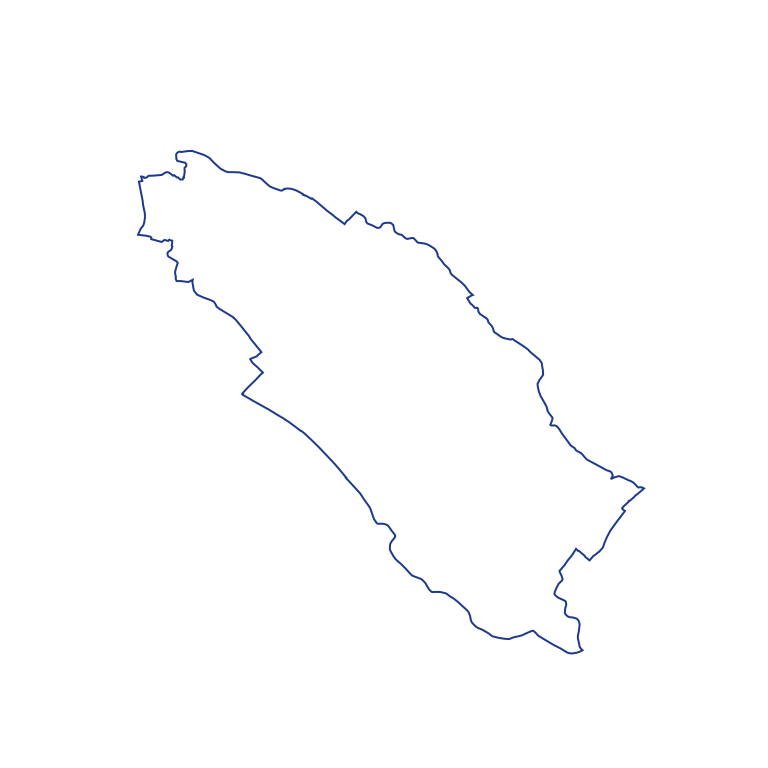 Maliuc, Tulcea, Romania, rotated 37°
{"feature_id": "2599482B10791122672242", "entity_name": "Maliuc", "entity_type": "district", "adm_level": 2, "iso_a3": "ROU", "parent_name": "Romania", "parent_adm1": "Tulcea", "projection": "natural_earth1", "projection_center": [29.072, 45.185], "detail": "fine", "context": "isolated", "style": "outline", "palette": "blue", "viewbox_px": 768, "rotation_deg": 37, "n_neighbors": 0, "source": "geoboundaries", "source_scale": "gbopen_adm2", "svg_char_len": 6092}
<svg xmlns="http://www.w3.org/2000/svg" viewBox="0 0 768 768"><g transform="rotate(37 384 384)"><path d="M654.5,310.9L652.6,311.2L650.8,312.2L649.4,313.6L648.5,313.6L644.0,312.8L642.2,312.7L639.4,313.0L637.3,313.7L630.9,315.0L628.1,315.8L627.0,316.3L626.0,317.5L623.7,320.7L622.9,322.5L622.4,322.7L622.2,322.0L622.2,320.2L621.5,319.2L619.2,317.9L617.9,317.6L615.8,318.1L614.1,318.8L591.7,322.2L589.4,321.9L584.4,320.8L583.0,320.6L580.6,320.9L579.7,321.2L577.1,321.4L575.1,320.5L570.9,320.7L569.8,320.6L555.8,316.4L550.6,314.4L547.5,313.8L546.3,314.0L545.1,314.4L542.8,316.4L541.4,316.5L541.2,315.6L540.0,311.4L538.8,309.5L533.5,308.1L530.8,307.0L530.0,306.5L529.9,306.0L527.8,304.5L525.2,303.2L516.0,299.2L511.8,296.5L508.5,293.6L506.9,291.9L506.3,290.9L506.4,290.5L505.8,287.5L505.6,281.7L505.5,280.9L503.6,278.5L502.5,277.3L499.8,274.8L497.7,272.6L496.5,272.0L494.2,271.2L493.1,271.0L483.1,270.5L480.0,270.2L479.5,269.9L477.0,269.8L474.2,269.8L459.6,270.8L459.2,271.0L458.6,272.1L458.2,272.4L452.0,275.3L449.1,275.9L442.6,276.1L441.5,276.3L439.8,275.8L437.9,274.2L435.4,272.9L431.7,272.2L429.7,271.6L428.5,270.5L427.0,269.9L418.7,270.3L417.4,270.0L415.6,269.2L414.3,267.8L413.0,267.0L412.2,267.2L411.3,268.4L410.2,268.4L407.3,267.8L404.7,267.7L398.7,265.4L400.5,260.9L401.4,259.5L396.8,259.1L389.4,256.9L385.0,256.3L372.2,255.9L370.4,255.3L368.2,253.6L365.5,252.8L359.9,252.2L356.6,251.1L351.2,249.9L349.9,249.4L348.5,247.9L346.9,246.9L343.7,245.7L341.7,245.6L337.0,246.0L334.3,246.5L332.1,247.3L327.8,249.6L326.6,250.5L325.4,250.7L320.8,249.8L319.4,249.9L318.7,250.3L315.2,254.2L313.8,254.5L312.3,254.6L308.5,254.2L305.0,255.7L301.2,255.8L300.0,255.2L295.6,251.4L292.4,251.3L289.5,253.3L287.4,255.3L286.5,257.1L286.7,260.7L286.5,261.6L285.7,262.6L284.4,263.5L279.7,264.3L274.4,265.7L273.7,265.7L272.6,265.4L269.6,263.0L268.9,262.7L266.4,262.3L262.4,262.8L260.4,263.4L258.2,263.2L257.0,273.3L256.2,276.2L256.2,278.0L256.3,280.0L244.5,280.1L242.3,279.9L234.3,279.9L219.9,279.0L214.7,279.1L214.4,279.9L211.1,280.2L207.5,280.8L207.4,281.1L205.7,281.3L205.6,281.6L205.0,281.6L204.9,281.2L204.0,281.2L198.0,282.1L195.5,282.8L192.3,284.0L190.4,285.2L188.6,286.5L187.5,288.1L186.9,288.1L186.8,289.2L186.2,290.7L185.8,291.2L184.7,291.8L177.5,294.1L173.9,294.9L171.3,294.8L162.9,294.0L161.2,294.1L149.8,298.6L147.9,299.2L141.2,302.0L134.8,306.5L132.8,308.1L131.1,309.0L129.7,309.5L127.6,309.9L126.0,310.0L124.6,310.5L116.5,309.8L111.2,309.0L110.6,308.8L107.8,308.6L103.4,309.2L101.2,309.8L90.8,313.2L87.3,315.9L82.5,320.7L81.0,321.4L80.6,321.8L79.8,323.5L79.7,325.1L80.0,326.0L82.8,329.3L84.7,330.2L91.4,327.3L92.0,326.9L93.3,327.4L93.9,327.4L95.0,329.2L94.6,331.3L95.7,332.9L97.0,334.2L99.0,337.9L99.3,339.3L100.0,339.3L100.1,339.5L99.5,339.9L100.2,341.7L98.4,343.3L95.1,343.0L94.1,343.7L90.7,343.5L90.2,344.6L86.0,344.5L83.8,344.9L82.2,346.6L80.6,350.9L74.3,356.5L70.7,359.4L70.2,361.6L69.9,362.3L68.5,363.7L67.5,363.3L66.1,363.8L65.2,364.5L68.0,366.6L68.8,367.3L66.5,369.9L80.3,382.3L84.5,386.6L90.3,391.6L93.1,395.2L95.5,399.7L96.4,402.5L96.2,406.1L97.7,412.8L101.0,411.0L104.1,409.1L107.3,407.6L108.2,407.1L110.0,407.0L110.9,408.4L120.9,404.4L122.0,401.0L125.5,399.7L125.5,398.7L125.6,398.0L126.4,398.0L128.6,397.0L130.6,399.8L131.0,401.1L132.0,401.8L132.3,401.7L133.0,403.5L133.2,405.0L133.0,406.1L132.4,407.5L132.2,408.9L132.4,409.8L133.1,410.8L134.2,411.6L135.1,412.0L144.5,410.9L146.5,411.5L147.4,414.4L149.3,419.4L150.6,421.4L153.5,423.9L154.1,425.2L156.4,426.6L159.6,424.2L165.7,420.7L166.4,420.2L168.5,415.9L169.6,417.9L175.6,423.5L176.0,423.8L180.2,425.0L181.1,425.1L187.3,423.7L194.2,421.6L197.6,420.8L198.9,420.7L202.9,422.3L203.2,422.8L203.7,423.0L207.6,423.0L223.8,421.4L223.9,421.7L226.5,421.8L234.9,423.8L247.8,427.1L248.8,427.5L249.0,427.8L250.3,428.2L266.3,432.2L266.9,432.3L265.8,437.3L265.8,438.4L263.2,442.6L262.4,444.0L262.2,444.7L266.6,446.3L272.3,446.7L280.4,447.8L279.8,450.7L278.9,458.9L277.5,467.7L276.8,474.1L276.6,476.6L277.3,476.6L277.3,477.7L291.2,476.0L306.9,473.8L320.4,472.5L323.2,472.1L330.8,471.6L339.3,471.5L345.6,471.6L345.8,471.4L347.1,471.2L351.0,471.4L358.5,472.2L370.8,473.8L390.5,477.1L398.7,478.8L410.1,481.5L409.9,481.8L411.9,482.4L412.3,482.3L416.2,483.0L430.7,485.7L438.2,488.4L444.4,490.3L447.7,491.5L457.1,497.8L461.9,499.5L462.5,499.5L463.7,499.0L466.0,497.1L467.9,495.9L470.2,495.0L471.3,494.7L473.5,494.9L478.2,496.5L483.1,497.8L484.0,498.1L484.4,498.6L484.8,499.3L485.0,500.8L484.8,504.8L485.1,507.4L485.6,508.7L487.4,511.5L488.4,512.6L490.0,513.6L495.3,515.9L498.7,516.9L501.8,517.3L502.3,517.2L506.0,517.5L512.9,518.5L519.5,519.8L522.2,520.0L529.9,517.7L531.7,517.4L532.9,517.4L535.3,517.8L537.1,518.2L542.9,520.7L546.4,521.4L547.6,521.2L552.3,517.5L554.4,516.1L559.3,514.0L560.7,513.8L564.0,513.9L569.2,513.4L574.7,513.6L585.0,514.6L587.3,514.9L589.3,515.5L592.3,517.4L595.3,520.2L597.4,521.5L601.6,522.3L604.3,522.4L607.3,521.9L610.3,521.1L613.1,520.7L617.9,520.2L622.0,520.3L622.8,520.1L628.2,517.8L632.9,515.3L636.0,513.4L637.2,512.5L637.9,511.8L639.2,509.5L640.5,507.6L642.2,505.8L645.5,501.6L648.2,496.5L650.8,492.0L652.0,491.2L655.2,491.5L658.6,492.2L661.6,491.9L676.7,490.3L683.8,489.0L691.9,488.2L694.7,487.1L696.5,485.9L698.3,484.0L699.6,482.7L701.6,479.7L702.8,477.1L700.7,476.9L698.4,476.1L694.5,472.6L691.9,470.4L690.2,468.1L688.4,464.2L685.1,458.5L683.7,457.1L681.5,455.8L679.2,455.4L675.5,456.7L672.8,458.4L671.5,458.9L669.3,459.0L667.4,458.6L665.9,457.7L663.7,454.0L662.3,450.4L660.0,448.3L657.6,448.5L653.2,449.5L651.2,449.8L648.5,449.7L647.4,449.5L646.7,449.2L646.1,448.5L645.5,447.3L644.3,442.2L643.7,438.3L644.4,434.1L644.1,432.3L641.2,430.3L637.8,428.6L636.7,427.7L637.2,419.3L636.9,414.6L637.2,408.1L636.6,400.1L639.6,400.5L640.1,400.0L647.6,400.4L648.4,400.9L654.3,401.2L654.7,395.6L656.1,391.0L656.1,390.2L656.7,388.8L657.2,383.8L657.1,382.5L655.7,378.2L654.2,372.3L653.0,364.9L652.8,353.7L652.9,340.4L650.4,340.4L649.2,340.2L648.9,339.9L649.1,337.1L650.2,330.9L649.8,330.2L650.0,329.8L650.4,329.6L650.6,329.1L651.7,324.2L651.9,322.0L653.1,317.4L654.5,310.9Z" fill="none" stroke="#1e3a8a" stroke-width="2"/></g></svg>